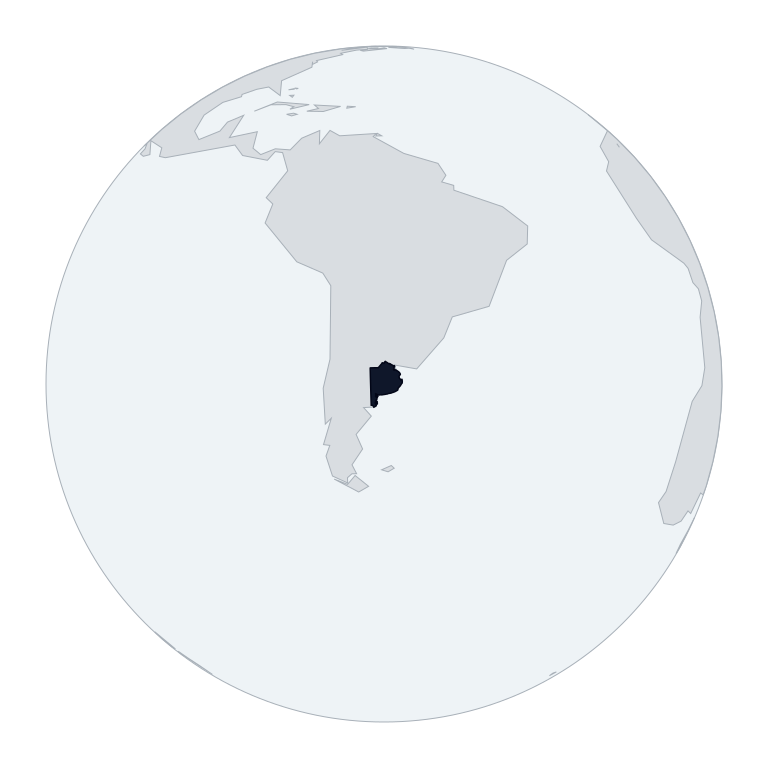 globe centered on Buenos Aires
{"feature_id": "ARG-1295", "entity_name": "Buenos Aires", "entity_type": "Federal District", "adm_level": 1, "iso_a3": "ARG", "parent_name": "Argentina", "parent_adm1": "", "projection": "orthographic", "projection_center": [-60.531, -37.151], "detail": "fine", "context": "on_globe", "style": "filled", "palette": "ink", "viewbox_px": 768, "rotation_deg": 0, "n_neighbors": 0, "source": "natural_earth", "source_scale": "10m", "svg_char_len": 7442}
<svg xmlns="http://www.w3.org/2000/svg" viewBox="0 0 768 768"><circle cx="384" cy="384" r="338" fill="#eef3f6" stroke="#a8b0b8"/><path d="M313.7,53.5L313.9,53.4L342.7,48.6L371.9,46.3L401.1,46.5L401.5,46.6L385.9,46.4L361.9,47.1L341.6,50.3L366.6,47.2L367.9,48.7L373.1,48.8L379.9,48.6L384.1,47.8L387.0,48.6L363.4,51.1L360.3,50.4L367.9,49.3L356.6,50.1L340.7,53.3L342.6,54.6L316.5,60.6L317.6,61.9L312.5,64.4L312.6,61.7L311.9,67.2L281.6,80.7L280.2,95.6L268.7,87.0L256.8,89.3L242.1,94.4L241.5,96.7L222.8,102.4L204.1,115.1L194.6,131.2L198.9,139.6L219.9,131.1L227.5,122.1L243.7,115.3L229.4,137.6L257.3,131.7L253.0,148.2L260.7,154.6L275.3,148.8L290.2,149.9L301.7,138.2L319.8,130.5L319.4,143.8L330.0,130.4L339.7,135.8L376.2,133.5L373.2,136.6L403.8,153.4L438.0,163.4L445.9,175.3L441.7,181.9L453.7,185.4L453.9,190.2L502.5,206.7L527.7,226.0L527.2,244.0L506.6,260.3L489.1,306.3L452.3,316.9L443.8,337.9L416.7,368.9L394.3,365.0L401.6,382.9L390.0,393.3L375.7,394.0L374.1,407.0L363.6,407.6L371.3,416.1L356.1,434.4L362.6,449.0L352.0,464.8L356.6,473.7L351.9,473.8L347.5,477.7L347.7,483.0L332.5,476.0L326.0,456.1L329.8,445.4L323.5,444.6L331.3,418.2L325.3,424.1L323.2,388.2L330.0,359.2L330.8,285.7L322.8,273.1L296.8,261.8L265.1,223.0L272.8,204.0L266.2,197.7L287.7,170.8L282.6,152.6L275.2,151.6L267.4,160.3L242.6,155.5L234.9,145.0L165.3,157.7L159.5,156.4L161.8,147.8L150.9,140.7L149.9,154.6L143.3,156.3L140.4,153.9L145.0,148.9L147.1,143.4L144.1,146.0L162.0,129.3L181.0,113.9L201.1,99.9L222.1,87.4L244.1,76.4L266.7,67.1L290.0,59.4L313.7,53.5ZM277.3,102.0L309.2,104.6L289.9,109.2L293.8,106.7L285.9,104.6L270.9,104.8L254.3,111.2L277.3,102.0ZM294.2,89.2L288.5,89.8L294.2,88.6L294.2,89.2ZM358.7,492.0L334.2,479.1L347.6,484.4L355.1,475.5L368.6,486.3L358.7,492.0ZM381.6,469.8L391.3,465.5L394.2,468.2L388.1,471.8L381.6,469.8ZM610.8,133.5L608.5,131.5L596.0,121.1L588.0,114.6L610.8,133.5ZM706.3,485.7L703.1,494.8L700.6,493.0L690.7,513.5L688.0,510.9L681.1,521.1L673.2,525.1L663.8,523.5L658.5,502.6L666.1,491.5L675.6,461.9L692.2,401.4L701.9,385.7L704.8,367.7L700.1,317.2L701.7,301.0L698.4,288.8L692.9,282.6L688.1,268.4L683.9,263.2L651.5,239.8L636.5,218.4L606.5,171.0L608.7,161.7L600.1,146.4L607.5,130.7L616.7,139.0L634.3,157.0L650.5,176.2L665.2,196.6L678.4,218.0L689.9,240.4L699.7,263.5L707.8,287.4L714.1,311.7L718.6,336.5L721.2,361.5L721.9,386.6L720.8,411.7L717.8,436.7L712.9,461.4L706.3,485.7ZM616.8,143.7L619.4,147.3L616.8,143.7ZM377.3,133.3L381.7,135.8L375.8,136.0L377.3,133.3ZM286.6,114.3L293.7,113.2L297.1,114.3L291.6,115.9L286.6,114.3ZM347.3,106.2L355.7,106.7L346.8,108.2L347.3,106.2ZM314.4,105.0L340.6,106.4L323.3,111.5L306.8,111.2L318.5,108.5L314.4,105.0ZM289.7,95.4L293.9,95.2L292.3,97.3L289.7,95.4ZM298.3,88.4L296.6,88.9L294.7,88.0L298.3,88.4ZM369.3,48.5L371.3,48.3L378.0,48.2L374.4,48.6L369.3,48.5ZM410.3,48.0L414.1,49.2L408.9,48.2L404.7,48.5L388.4,47.4L401.0,46.6L398.2,46.8L410.3,48.0ZM370.2,46.8L379.1,46.8L368.9,46.9L370.2,46.8ZM556.4,671.9L549.4,675.7L552.9,673.1L556.4,671.9ZM679.8,547.5L676.0,553.6L680.4,544.3L688.2,530.2L694.5,517.5L679.8,547.5ZM181.2,654.1L178.1,651.2L187.8,657.9L200.9,666.5L212.4,674.4L181.2,654.1ZM161.0,637.9L161.2,638.1L154.7,631.7L175.4,648.9L172.1,647.1L163.4,640.0L163.0,639.7L161.0,637.9Z" fill="#d9dde1" stroke="#a8b0b8" stroke-width="1"/><path d="M402.3,381.1L402.2,382.6L402.2,382.9L402.1,383.1L401.6,383.7L401.1,384.4L400.5,385.5L400.3,385.8L399.7,386.5L399.0,387.2L398.8,387.5L398.7,387.6L398.3,388.0L398.2,388.2L398.1,388.5L397.9,389.0L397.9,389.4L397.9,389.5L397.8,389.9L397.6,390.1L397.2,390.4L396.7,390.7L396.4,390.9L395.6,391.3L395.4,391.4L395.1,391.6L394.4,391.9L394.2,392.0L393.7,392.1L393.4,392.2L393.1,392.4L392.3,392.6L391.3,392.9L391.1,393.1L390.9,393.1L388.1,393.6L387.4,394.0L386.9,394.0L384.9,394.4L384.1,394.5L383.4,394.6L382.5,394.8L382.0,394.8L381.8,394.7L381.7,394.7L381.6,394.8L381.2,394.9L380.3,394.8L379.9,394.8L379.6,394.9L379.5,395.0L378.8,394.9L378.7,394.8L378.4,394.8L378.2,394.8L377.1,394.6L376.8,394.4L376.7,394.2L376.6,393.9L375.8,393.8L375.6,393.7L375.5,393.8L375.5,394.0L375.6,394.3L375.7,394.5L375.8,394.8L376.0,394.7L376.0,394.9L376.0,395.0L375.9,395.1L375.8,395.3L375.7,395.4L375.6,395.5L375.7,395.8L375.7,396.0L375.8,396.2L376.0,396.4L376.1,396.5L375.9,396.4L375.8,396.5L376.0,396.6L376.4,396.6L376.5,396.6L376.9,396.8L377.1,397.0L377.2,397.3L376.9,397.3L376.6,397.0L376.5,396.9L376.4,396.8L376.0,396.8L376.1,397.0L376.3,397.0L376.4,397.3L376.6,397.5L376.9,397.6L377.0,397.6L377.1,397.8L377.0,398.3L376.9,398.5L376.8,399.3L376.8,399.8L376.6,400.0L376.3,400.0L376.2,399.9L375.9,399.8L376.0,399.9L376.1,400.0L375.9,400.1L375.9,400.3L375.9,400.6L375.8,400.8L375.8,401.1L375.7,401.1L375.8,401.5L375.8,402.0L375.7,402.1L375.4,402.3L375.3,402.5L375.2,402.6L375.2,402.8L375.4,403.0L375.4,403.4L375.5,403.4L375.5,403.5L375.9,403.8L376.0,403.8L376.0,404.0L376.3,404.4L376.3,404.5L376.2,404.6L375.9,404.4L375.9,404.5L376.0,404.6L375.9,404.7L376.0,404.8L376.3,404.6L376.5,404.6L376.4,404.7L376.4,404.8L376.3,405.3L376.2,405.5L376.1,405.9L375.9,406.0L375.3,406.4L374.8,406.7L374.5,406.9L374.3,407.0L374.2,407.0L373.9,407.1L373.9,406.9L373.7,406.5L373.6,406.4L373.3,406.2L373.1,406.0L372.9,405.7L372.5,405.4L372.4,405.3L372.2,405.3L371.2,405.2L370.4,377.3L370.2,369.0L370.2,368.1L370.3,367.9L372.7,367.8L378.3,367.7L381.0,364.5L381.9,363.5L382.1,363.3L382.0,363.1L382.1,362.9L382.3,362.8L382.5,362.8L382.8,362.9L383.3,362.9L383.5,363.1L383.7,363.3L383.8,363.3L384.0,363.3L384.3,363.2L384.5,362.8L384.5,362.6L384.6,362.3L384.6,362.2L384.8,362.1L384.9,361.9L384.9,361.7L385.0,361.5L385.2,361.4L385.3,361.3L385.3,361.2L385.2,361.1L385.4,361.2L386.0,361.9L386.9,362.5L387.1,362.5L387.3,362.6L387.5,362.8L387.7,363.1L388.4,363.5L388.6,363.6L389.0,363.4L389.2,363.6L389.3,363.8L389.6,363.9L390.0,363.9L390.3,363.9L390.3,364.0L390.4,364.3L390.5,364.3L390.7,364.5L391.2,364.5L391.3,364.5L391.5,364.6L391.9,364.8L392.1,365.1L392.5,365.2L393.0,365.7L393.2,365.8L393.5,365.8L393.9,365.6L394.2,365.6L394.3,365.6L394.5,365.8L394.5,366.2L394.4,366.5L394.5,366.6L394.3,366.8L394.3,367.0L394.2,367.1L393.9,367.1L393.7,367.1L393.8,367.4L394.1,367.6L394.0,367.9L393.9,368.0L393.9,368.3L394.0,368.4L394.0,368.6L393.7,368.9L393.6,369.4L393.6,369.7L394.1,370.1L394.3,369.8L394.4,369.6L394.6,369.6L394.7,369.4L395.1,369.7L395.3,369.9L395.5,370.0L395.8,370.0L396.0,370.1L396.3,370.2L396.4,370.5L396.5,370.5L396.8,370.5L397.0,370.6L397.2,370.8L397.4,371.0L397.7,371.1L398.1,371.5L398.5,371.6L398.7,371.8L398.9,372.0L399.3,372.5L399.5,372.7L399.8,373.1L400.0,373.4L400.3,374.1L400.3,374.5L399.9,375.0L399.4,375.7L399.2,375.9L399.1,376.1L399.1,376.5L399.1,377.1L399.1,377.3L399.2,377.5L399.3,377.9L399.3,378.0L399.5,378.2L399.6,378.4L399.6,378.5L400.3,379.2L400.7,379.5L401.0,379.5L401.0,379.8L401.1,379.7L401.4,379.6L401.6,379.6L401.9,379.6L401.8,379.4L402.0,379.4L402.1,379.8L402.1,380.7L402.2,381.0L402.3,381.1ZM376.7,403.1L376.8,403.1L377.0,403.1L377.3,403.5L377.2,403.7L377.1,403.9L377.0,404.1L376.9,404.2L376.7,404.1L376.7,403.9L376.4,403.9L376.5,403.6L376.5,403.4L376.6,403.1L376.7,403.1ZM377.7,395.8L377.7,395.7L377.8,395.8L377.9,396.2L377.9,396.3L377.7,396.3L377.6,396.2L377.3,396.1L377.2,396.0L376.9,395.7L377.1,395.5L377.5,395.6L377.6,395.8L377.7,395.8ZM376.8,401.6L377.2,401.7L377.3,401.9L377.3,402.1L377.3,402.5L377.3,402.8L377.2,402.6L376.9,402.1L376.8,401.9L376.8,401.6ZM376.9,395.1L376.7,395.2L377.1,395.0L377.3,395.0L377.4,395.3L377.2,395.3L376.9,395.1Z" fill="#0f172a" stroke="#020617" stroke-width="1.5"/></svg>